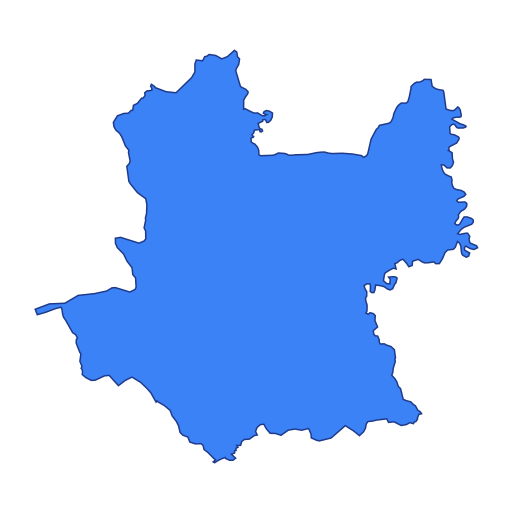 the district of Gaoual, Gaoual, Guinea, rotated 89°
{"feature_id": "49546643B28661548838550", "entity_name": "Gaoual", "entity_type": "district", "adm_level": 2, "iso_a3": "GIN", "parent_name": "Guinea", "parent_adm1": "Gaoual", "projection": "natural_earth1", "projection_center": [-13.638, 11.692], "detail": "fine", "context": "isolated", "style": "filled", "palette": "blue", "viewbox_px": 512, "rotation_deg": 89, "n_neighbors": 0, "source": "geoboundaries", "source_scale": "gbopen_adm2", "svg_char_len": 5974}
<svg xmlns="http://www.w3.org/2000/svg" viewBox="0 0 512 512"><g transform="rotate(89 256 256)"><path d="M113.4,392.1L120.0,396.3L124.4,395.7L127.8,393.8L130.9,390.3L134.4,388.2L143.7,384.6L148.2,381.2L150.1,381.7L159.0,380.2L161.4,381.1L164.1,383.6L179.2,381.8L182.0,380.1L190.6,373.4L196.8,365.2L203.1,364.2L211.6,364.7L216.0,365.9L218.5,365.7L225.9,367.4L229.1,365.9L237.0,365.9L239.1,367.7L241.1,372.8L235.0,391.1L235.8,396.3L240.9,396.3L245.2,394.5L251.8,388.3L259.0,385.0L265.5,380.2L272.4,379.5L275.8,376.8L284.9,376.4L287.3,377.4L289.8,382.8L285.2,397.0L285.3,400.5L288.4,405.9L290.8,418.0L292.3,434.5L299.9,448.0L300.3,463.5L305.4,477.7L310.9,475.7L308.7,467.6L305.0,457.1L303.8,451.8L306.1,450.9L310.7,450.4L313.8,449.5L317.2,447.3L329.4,440.7L331.4,437.8L334.6,436.0L336.5,437.1L339.9,437.3L349.2,433.9L350.7,432.8L358.2,433.9L363.4,431.9L365.2,432.8L366.7,431.7L369.5,431.5L371.5,431.8L374.7,428.1L377.5,422.9L377.4,419.0L373.2,409.6L372.8,404.9L383.2,395.8L378.1,388.9L374.9,382.1L380.5,373.3L386.4,367.4L391.0,363.5L400.3,358.5L399.1,357.7L400.1,356.6L403.8,350.4L408.9,344.5L414.4,342.6L420.0,338.5L424.5,336.4L431.1,335.0L433.9,332.2L435.8,327.3L440.9,325.4L442.8,319.9L442.7,314.2L444.3,312.3L448.6,311.3L451.5,307.6L457.2,302.2L459.1,300.0L461.1,302.4L462.0,300.9L460.2,298.2L458.3,294.3L456.9,290.3L458.0,289.8L459.8,285.9L459.8,282.6L457.8,279.9L453.7,284.1L452.6,280.8L450.3,280.8L450.1,279.3L447.9,279.5L447.0,277.4L445.1,278.6L445.1,274.7L441.1,273.5L439.2,270.7L439.0,265.9L435.5,260.8L435.0,257.9L431.4,259.5L427.4,257.9L424.6,254.5L424.4,251.0L428.8,248.8L433.5,245.0L433.8,239.5L435.7,234.1L430.7,226.8L429.7,220.0L431.0,213.5L429.4,206.4L435.0,204.1L438.8,203.9L441.2,198.9L442.0,196.0L439.3,184.1L427.2,169.7L432.5,161.6L437.4,155.7L433.7,151.6L430.2,149.6L425.9,148.7L423.5,147.0L423.0,141.8L422.2,138.7L421.1,128.1L424.7,126.4L424.2,121.0L428.0,113.7L427.2,108.6L425.3,105.1L426.4,101.7L424.7,100.4L424.2,98.9L421.8,97.3L421.0,97.5L417.2,96.0L416.6,93.2L414.8,94.3L412.9,97.0L408.6,99.2L406.9,101.6L404.5,103.8L403.4,107.8L401.9,111.3L391.1,113.8L388.9,116.0L384.3,117.4L380.9,119.4L377.7,122.3L374.5,121.2L370.8,120.8L364.0,118.6L361.5,118.9L360.2,118.3L352.1,119.3L348.9,122.6L347.1,127.6L346.1,129.1L346.1,133.4L344.4,134.2L341.9,134.3L338.2,135.7L337.9,138.0L336.4,139.6L332.7,140.0L329.1,135.7L322.7,138.2L317.7,137.8L315.6,139.7L314.7,143.1L316.1,144.4L315.1,147.1L312.9,146.0L308.7,145.8L306.3,145.9L303.4,146.9L299.7,147.2L298.2,146.0L293.6,145.9L290.4,147.7L287.4,148.4L285.7,145.4L286.0,142.5L288.1,142.1L293.5,142.4L294.6,140.9L294.6,138.7L292.0,137.7L287.1,136.9L287.9,131.7L289.0,128.2L291.1,125.5L292.3,122.6L291.1,119.9L286.9,118.0L285.3,116.6L280.6,115.3L279.5,116.5L279.1,118.9L279.4,123.8L281.7,122.2L286.3,122.7L285.9,125.8L282.9,129.0L277.2,128.0L275.2,127.2L272.3,122.4L270.6,118.9L271.4,116.1L266.1,117.4L265.1,114.8L262.9,112.2L261.8,109.1L266.3,105.3L269.4,103.4L268.2,100.0L264.0,99.6L262.2,93.9L264.9,89.8L265.8,87.7L265.8,84.1L265.0,78.2L266.8,76.5L266.8,72.8L261.9,69.6L255.8,66.9L253.4,64.3L252.7,58.5L250.8,56.6L245.0,54.3L246.7,52.2L249.8,51.0L255.3,50.6L257.9,50.0L259.0,49.0L260.9,45.7L259.8,43.4L256.7,42.3L253.7,47.4L251.1,47.4L249.8,46.1L252.4,41.5L253.3,38.0L251.6,34.3L249.6,35.3L246.7,41.8L243.2,42.7L240.1,42.0L237.0,43.9L236.8,45.4L238.0,52.0L237.2,54.0L232.7,50.1L230.8,47.2L228.0,39.8L226.0,38.2L223.9,38.2L222.3,39.7L220.6,44.2L220.6,47.2L222.7,48.8L227.5,51.6L228.5,53.1L228.4,55.0L227.0,56.7L224.3,55.3L222.0,53.2L220.4,52.7L218.5,53.0L215.2,50.7L212.6,46.5L210.3,44.7L208.0,44.2L206.9,44.5L205.6,46.2L205.8,52.8L204.2,54.4L202.5,53.0L200.0,47.0L198.0,45.2L195.8,46.6L194.0,49.8L193.1,54.2L191.8,57.0L188.9,58.4L185.5,59.1L183.8,58.6L180.4,59.4L179.1,62.5L177.2,65.9L174.3,67.6L170.9,68.7L168.1,69.1L168.2,66.6L171.2,63.5L171.4,60.3L168.9,58.0L165.8,56.9L162.2,57.9L156.2,58.1L154.0,61.5L153.9,61.0L151.1,61.4L150.0,60.4L146.6,53.5L142.8,51.0L141.2,50.9L140.3,51.7L138.2,55.8L137.6,59.0L136.9,59.8L130.7,60.1L129.7,59.8L127.9,57.5L127.7,56.6L128.0,55.1L130.9,53.2L131.6,51.8L131.6,46.4L130.8,44.2L129.9,43.7L128.4,46.3L127.5,49.3L122.7,57.7L122.1,57.4L121.4,56.4L120.6,53.0L120.8,50.0L120.3,48.7L119.1,48.3L113.7,49.2L111.1,50.7L110.5,51.7L113.4,54.7L114.1,56.1L113.9,59.2L112.4,63.4L95.3,65.4L93.6,66.1L93.0,69.7L92.2,72.6L91.0,74.8L89.3,76.9L82.6,77.9L82.3,84.7L83.5,85.9L85.1,89.4L84.9,92.1L86.0,94.5L89.3,98.0L91.1,98.1L99.7,100.0L104.4,101.5L105.8,103.4L105.6,107.7L105.9,108.6L108.0,111.2L110.1,112.8L116.1,115.7L120.1,116.6L124.1,118.6L125.0,119.7L125.8,121.7L127.5,130.3L129.9,131.6L131.5,133.5L141.2,138.9L155.8,142.5L157.7,143.9L159.0,146.1L158.6,147.6L157.5,148.6L155.7,157.9L154.8,167.7L154.9,178.1L154.4,181.9L153.3,185.5L153.3,189.2L153.7,193.6L155.4,202.5L155.5,214.7L155.8,217.0L155.8,221.6L154.7,223.4L154.0,225.4L153.4,231.8L155.2,235.7L155.6,237.7L155.8,249.6L154.9,251.3L150.6,251.4L147.2,252.6L144.0,255.3L143.4,256.8L142.0,258.7L138.2,259.0L137.1,256.5L136.6,256.2L136.3,256.3L135.8,257.6L134.7,257.9L132.8,256.1L130.1,255.4L129.7,250.7L130.2,250.2L131.9,249.7L132.0,248.5L131.1,247.2L129.3,247.9L129.0,249.5L127.7,250.5L123.5,251.6L121.4,247.0L119.9,246.8L119.7,244.5L120.4,243.8L122.7,243.0L122.6,241.2L120.3,238.7L117.3,237.3L113.4,237.0L111.5,239.9L110.7,243.0L111.8,245.4L113.3,246.2L114.2,244.9L114.8,242.9L116.1,245.1L115.6,247.7L113.0,251.9L113.1,255.1L112.1,257.6L108.5,264.4L109.1,265.8L100.2,265.6L97.8,264.5L93.6,261.4L91.7,261.0L89.2,263.3L87.2,267.1L86.3,268.5L85.5,268.8L70.5,273.0L68.6,272.5L64.0,269.9L58.7,269.0L56.5,271.0L51.7,271.7L50.0,274.0L56.1,281.0L58.3,286.7L54.8,292.8L53.7,299.3L55.4,301.7L55.8,303.8L59.9,306.0L59.0,312.3L62.8,313.7L71.0,313.9L76.6,317.3L91.4,333.1L90.2,342.9L85.9,353.8L84.7,354.4L82.5,357.6L84.3,358.4L86.7,357.2L88.5,357.3L89.1,362.3L90.9,364.4L93.6,364.1L96.2,366.1L96.2,367.6L101.4,372.0L103.2,375.9L108.1,376.7L108.3,378.4L111.0,381.0L111.2,385.8L113.4,392.1Z" fill="#3b82f6" stroke="#1e3a8a" stroke-width="1.5"/></g></svg>